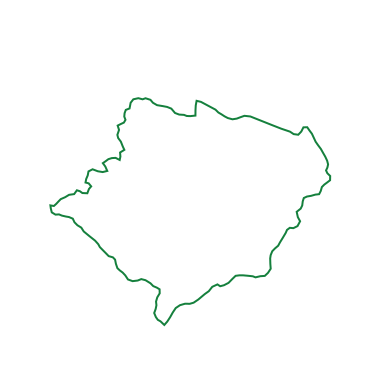 Ipecaetá, Bahia, Brazil, rotated 65°
{"feature_id": "56859067B33120756794131", "entity_name": "Ipecaetá", "entity_type": "district", "adm_level": 2, "iso_a3": "BRA", "parent_name": "Brazil", "parent_adm1": "Bahia", "projection": "orthographic", "projection_center": [-39.329, -12.308], "detail": "fine", "context": "isolated", "style": "outline", "palette": "green", "viewbox_px": 384, "rotation_deg": 65, "n_neighbors": 0, "source": "geoboundaries", "source_scale": "gbopen_adm2", "svg_char_len": 2518}
<svg xmlns="http://www.w3.org/2000/svg" viewBox="0 0 384 384"><g transform="rotate(65 192 192)"><path d="M296.2,170.5L297.2,165.6L298.8,161.5L297.4,157.3L294.8,153.1L290.3,151.4L285.2,149.2L282.5,147.4L279.6,144.3L278.2,140.6L277.1,136.6L274.8,133.5L272.1,129.4L268.7,124.4L266.5,121.9L265.8,118.5L267.6,115.4L267.5,110.8L264.2,106.4L259.5,106.7L254.2,105.5L253.0,100.5L250.8,97.8L247.3,95.6L244.7,93.2L244.7,89.7L245.8,85.7L246.5,81.3L247.7,77.7L245.5,74.9L242.4,72.2L241.2,69.0L240.6,66.0L239.7,61.9L235.9,60.0L232.2,61.4L229.1,61.4L227.1,59.0L224.5,57.0L220.8,56.3L216.4,56.3L211.6,56.7L207.5,57.0L202.7,58.0L198.7,58.7L195.0,58.7L189.9,58.7L186.1,59.5L182.0,60.2L180.5,63.7L183.4,67.4L185.0,71.5L182.5,75.4L178.7,77.7L172.4,84.3L165.7,90.7L148.2,107.2L145.1,112.3L144.7,116.5L144.4,120.4L143.2,124.6L140.1,128.3L137.2,130.5L134.0,132.5L131.1,134.5L127.3,135.9L114.1,145.8L111.3,149.3L115.1,152.0L119.4,154.3L124.2,156.6L122.5,161.5L120.9,164.6L118.7,166.7L116.4,170.9L113.2,174.0L107.7,175.5L104.4,178.6L102.0,181.9L98.5,187.0L94.6,189.7L90.9,190.7L87.4,194.5L87.1,197.6L84.3,201.0L83.2,206.0L85.2,209.9L89.9,213.3L89.6,217.3L92.1,219.8L95.0,221.5L98.5,221.8L100.3,224.4L100.3,227.8L100.4,231.3L104.9,231.9L108.7,235.5L111.9,236.1L116.3,235.2L121.7,235.5L125.2,235.5L125.8,240.5L129.6,241.9L132.4,244.0L128.8,246.8L127.4,250.3L126.9,253.9L127.6,257.3L128.2,260.6L132.3,259.8L137.1,259.9L136.2,264.5L133.4,268.6L129.4,272.5L129.6,277.1L132.9,279.5L135.5,282.4L138.4,284.5L140.5,282.0L144.3,281.0L145.7,284.1L148.9,287.4L146.6,291.8L143.9,293.3L141.8,295.6L144.1,299.7L142.6,304.6L143.1,309.2L143.0,314.0L144.1,316.9L145.4,320.1L146.3,323.1L144.3,326.0L147.2,326.9L151.2,327.7L154.8,325.3L156.1,322.0L158.4,319.9L160.9,316.7L162.7,314.1L165.8,311.3L169.8,311.3L173.7,309.9L177.5,307.4L182.0,306.8L188.1,303.9L195.1,300.4L199.7,299.0L203.0,298.8L214.9,294.6L217.8,291.3L220.8,290.3L224.9,291.3L229.5,291.8L232.5,290.6L235.7,288.9L239.4,287.7L244.2,287.0L247.7,283.5L249.3,278.6L249.5,274.8L252.3,271.4L257.2,268.2L260.9,266.9L263.8,264.3L266.5,262.5L270.2,264.1L272.8,268.0L276.1,270.9L279.6,272.1L282.7,274.4L285.7,277.4L290.1,277.6L293.4,277.0L295.9,275.2L300.8,273.3L299.0,269.2L296.2,264.7L293.1,260.4L290.3,255.8L289.5,250.7L290.3,245.6L292.4,241.2L293.0,237.3L292.1,231.7L290.8,226.9L289.9,223.5L289.0,218.7L286.5,213.7L286.5,208.0L289.3,206.3L290.0,202.5L289.8,197.3L287.8,192.0L286.4,187.9L287.6,184.1L289.3,180.6L291.8,176.3L294.1,172.5L296.2,170.5Z" fill="none" stroke="#15803d" stroke-width="2"/></g></svg>